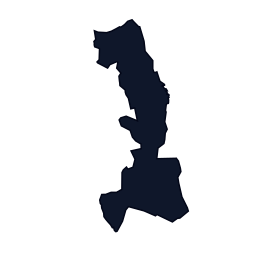 outline of Katcha, Niger, Nigeria, rotated 163°
{"feature_id": "59680162B69752440983216", "entity_name": "Katcha", "entity_type": "district", "adm_level": 2, "iso_a3": "NGA", "parent_name": "Nigeria", "parent_adm1": "Niger", "projection": "natural_earth1", "projection_center": [6.264, 9.093], "detail": "fine", "context": "isolated", "style": "filled", "palette": "ink", "viewbox_px": 256, "rotation_deg": 163, "n_neighbors": 0, "source": "geoboundaries", "source_scale": "gbopen_adm2", "svg_char_len": 1951}
<svg xmlns="http://www.w3.org/2000/svg" viewBox="0 0 256 256"><g transform="rotate(163 128 128)"><path d="M106.5,227.2L110.2,226.4L115.5,225.4L120.5,225.4L128.7,228.4L131.7,230.8L132.9,222.3L133.2,222.0L135.3,220.7L135.4,219.1L136.0,217.3L136.1,215.4L132.4,212.6L132.1,212.0L135.6,201.7L138.3,200.2L138.0,199.2L130.0,191.3L126.8,193.9L119.5,194.7L118.7,194.2L118.6,193.6L121.3,188.5L118.7,182.6L121.5,180.2L122.4,175.6L122.7,173.5L123.3,170.9L119.6,165.2L120.1,163.0L120.1,160.4L118.9,156.4L119.7,145.5L116.2,145.3L115.7,145.0L116.1,141.1L116.9,132.1L126.3,139.8L131.9,139.8L132.1,139.7L134.1,138.3L133.7,132.0L126.6,125.1L126.4,118.0L124.4,113.4L120.2,108.9L121.4,104.4L131.8,105.2L130.4,96.1L134.7,89.0L140.2,88.7L140.9,91.1L144.7,89.3L146.7,87.2L151.8,71.1L157.8,69.8L163.0,71.4L168.7,71.0L172.5,72.1L173.0,71.5L174.3,69.7L174.9,68.9L175.5,68.2L176.1,67.3L176.2,66.3L176.4,64.9L176.5,63.8L175.7,62.0L176.1,61.3L176.5,59.0L176.1,53.7L176.9,50.2L175.9,47.2L174.5,43.9L172.9,40.5L172.1,37.2L171.5,37.2L170.8,37.2L170.9,35.6L170.9,34.0L170.4,33.1L169.9,32.4L168.6,32.5L160.5,40.5L154.1,50.3L150.5,52.7L136.9,44.1L133.0,40.8L127.4,36.0L125.6,36.8L113.0,25.2L107.1,27.2L104.7,26.7L94.6,30.9L94.6,34.4L96.6,46.4L96.3,50.6L95.6,60.5L94.8,66.3L90.2,70.8L89.7,74.3L89.5,81.7L90.7,85.0L91.0,85.0L109.5,90.2L105.2,100.1L98.2,102.7L96.2,106.3L93.9,112.2L90.9,115.4L91.1,123.1L90.8,123.7L86.9,132.2L87.1,133.0L86.9,134.1L84.5,139.4L83.3,140.0L82.3,139.8L81.9,140.3L81.0,142.8L80.8,145.0L79.9,145.3L80.1,146.0L79.1,147.5L79.5,148.5L80.9,148.8L80.2,150.1L81.1,152.3L79.6,152.0L80.1,154.2L81.1,154.7L81.8,155.4L82.3,157.3L83.1,158.2L82.3,158.6L81.6,158.2L80.6,158.2L80.4,159.0L81.7,160.7L83.8,163.3L83.9,166.5L84.0,173.2L84.5,173.1L85.1,173.1L87.0,173.6L87.0,177.4L84.6,185.2L89.2,196.4L87.3,206.4L87.2,221.4L88.3,221.9L91.4,227.9L92.5,230.3L97.1,230.1L101.0,227.9L102.7,227.3L105.2,226.5L106.5,227.2Z" fill="#0f172a" stroke="#020617" stroke-width="1.5"/></g></svg>